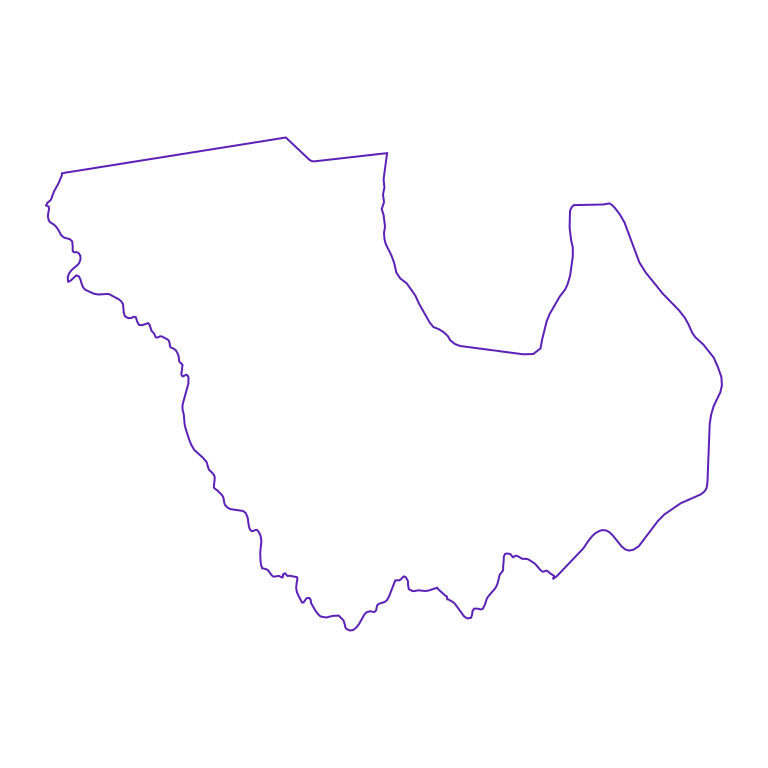 the State of Western Equatoria
{"feature_id": "SDS-864", "entity_name": "Western Equatoria", "entity_type": "State", "adm_level": 1, "iso_a3": "SSD", "parent_name": "South Sudan", "parent_adm1": "", "projection": "equal_earth", "projection_center": [28.334, 5.546], "detail": "fine", "context": "isolated", "style": "outline", "palette": "violet", "viewbox_px": 768, "rotation_deg": 0, "n_neighbors": 0, "source": "natural_earth", "source_scale": "10m", "svg_char_len": 4567}
<svg xmlns="http://www.w3.org/2000/svg" viewBox="0 0 768 768"><path d="M74.0,252.3L72.7,251.1L72.7,246.4L72.2,241.4L69.9,239.2L63.9,237.5L61.2,235.2L57.8,229.0L55.4,225.9L52.6,223.7L50.4,222.5L48.9,220.7L47.9,216.7L48.2,213.2L49.0,209.6L48.8,206.7L46.1,205.5L47.1,203.2L48.4,201.9L49.9,200.9L51.1,199.4L53.9,191.6L58.5,183.4L60.8,177.6L61.9,175.6L61.8,173.4L65.7,172.6L285.8,137.5L309.0,159.4L310.3,160.4L312.2,161.2L314.0,161.4L387.1,153.1L383.6,179.1L384.4,187.6L383.0,194.5L384.0,202.3L381.7,209.0L383.6,215.1L385.0,226.4L384.0,233.3L384.5,239.2L385.7,243.9L391.4,255.4L394.1,262.7L396.4,272.7L400.3,278.5L406.7,283.3L415.3,295.5L419.1,303.8L429.7,322.5L433.5,327.1L438.4,329.0L442.4,331.3L445.4,333.7L448.0,336.3L450.2,340.3L455.1,344.1L460.2,346.0L523.2,354.3L533.3,354.0L540.5,348.4L542.2,339.2L546.7,321.2L549.7,313.9L559.8,296.4L565.2,289.5L567.6,284.2L570.2,275.3L572.8,256.3L572.8,247.6L571.1,240.0L569.6,227.6L570.0,210.9L571.7,207.1L573.9,205.1L603.1,204.5L609.4,203.4L611.9,204.9L614.7,207.7L619.7,214.2L624.5,222.5L639.3,262.3L645.6,272.4L663.0,293.9L678.9,310.2L684.7,317.6L688.1,323.6L692.1,332.5L695.1,337.0L703.4,344.6L713.8,357.7L718.1,367.6L721.4,377.1L721.9,385.4L720.3,392.4L713.7,406.0L711.2,414.4L709.7,423.9L707.5,481.2L707.1,485.2L706.6,487.7L705.7,489.8L704.0,491.9L700.8,494.4L680.8,503.2L664.3,514.5L657.8,521.1L638.8,546.2L633.7,549.6L629.1,550.6L625.4,549.5L621.7,546.5L612.4,535.0L609.2,532.0L605.9,530.4L602.2,530.1L599.2,531.1L595.5,533.1L592.2,536.1L588.7,540.4L583.3,548.4L556.8,576.2L552.7,579.2L553.5,578.1L554.0,576.0L552.2,574.6L550.7,573.8L547.5,571.1L546.5,570.6L543.3,571.7L542.2,571.4L540.1,569.7L535.9,564.7L534.3,563.2L528.3,559.4L526.6,558.9L522.2,558.8L517.9,556.3L516.2,555.7L515.3,555.8L513.1,557.3L512.4,556.7L510.9,554.7L510.3,554.2L507.2,553.4L505.1,554.0L503.9,556.4L503.5,563.2L503.1,566.5L503.2,568.5L502.9,570.7L500.2,574.0L499.3,576.1L498.3,580.6L497.2,584.5L495.4,588.1L488.0,596.7L486.5,599.5L485.1,604.1L482.9,608.8L480.6,609.5L477.7,608.6L474.1,608.7L472.5,611.0L472.1,614.7L471.0,617.8L467.4,618.5L464.1,616.4L455.0,603.9L453.3,602.3L447.6,599.0L447.2,599.2L446.8,596.4L445.2,595.5L438.3,589.3L437.1,587.7L428.4,590.6L425.2,591.0L418.4,590.3L414.0,591.1L412.5,591.1L408.8,589.1L408.1,585.3L407.9,581.0L405.8,577.2L403.9,576.4L402.6,577.3L401.4,578.9L399.4,580.3L396.5,580.3L395.2,580.5L389.2,596.1L387.0,600.1L384.9,601.9L378.9,603.8L377.2,605.3L376.7,607.4L376.3,609.7L375.3,611.4L374.0,612.0L372.6,611.8L371.2,611.4L369.8,611.3L366.6,612.3L364.5,614.3L359.0,624.1L356.3,627.5L353.2,630.0L350.0,630.5L346.5,629.0L345.3,627.2L344.8,624.5L343.5,620.4L338.7,615.6L332.6,615.9L326.2,617.5L320.6,616.5L317.8,613.9L315.2,610.3L311.2,603.4L310.6,599.7L309.6,598.1L307.3,597.9L306.0,599.0L303.6,602.4L302.1,602.6L297.7,594.1L297.0,592.3L296.6,590.7L296.3,589.1L296.2,587.0L296.7,582.6L297.4,579.3L297.0,577.2L289.6,575.7L287.9,576.0L287.0,575.7L285.5,573.6L284.8,573.3L283.5,574.2L282.9,574.8L283.1,575.1L283.0,575.5L282.9,576.5L282.6,577.3L281.7,577.4L279.3,576.0L278.5,575.9L274.3,576.7L273.2,576.5L271.6,575.2L268.9,571.4L267.5,569.8L266.3,569.3L262.8,568.3L262.2,568.3L261.1,565.1L260.5,560.5L260.2,552.5L261.4,541.2L260.8,537.0L260.3,535.2L259.3,533.0L258.1,531.0L256.8,529.9L255.5,530.0L252.7,531.1L251.6,531.1L249.7,529.0L248.8,525.8L247.7,517.8L245.8,513.2L243.2,511.0L230.5,509.1L227.6,507.7L225.0,504.9L224.3,502.9L223.6,498.8L223.1,496.9L221.9,495.0L217.4,490.4L216.4,489.8L215.4,489.1L214.5,488.3L213.8,487.2L214.7,478.6L214.5,476.1L213.0,473.6L208.8,469.5L206.5,461.9L202.6,457.4L194.3,450.0L191.4,445.1L189.0,439.3L185.2,427.1L184.6,424.1L183.8,414.6L182.6,409.6L182.4,407.2L182.7,404.2L188.5,383.0L188.3,381.1L188.6,377.7L188.0,376.1L186.6,374.8L185.5,374.9L184.8,375.5L184.3,375.8L183.7,375.9L183.0,376.4L182.3,376.2L181.4,374.4L181.3,373.1L182.0,370.2L182.2,366.9L182.5,365.6L182.4,364.6L179.9,362.3L179.3,361.4L179.0,360.3L178.9,358.6L178.5,355.6L177.2,352.5L175.5,350.0L173.5,348.6L170.6,347.4L169.9,345.9L169.8,343.9L168.8,340.6L167.5,339.4L161.5,336.3L160.2,336.3L157.5,337.5L156.2,337.5L155.3,336.5L154.2,333.6L151.5,330.8L149.8,325.3L148.3,323.1L142.0,325.2L139.0,324.9L137.2,321.6L135.8,317.2L134.0,316.7L131.6,317.9L128.3,318.2L124.9,316.2L123.8,312.8L123.0,304.1L121.4,301.5L118.8,299.3L108.6,293.9L98.4,294.5L93.8,293.7L85.3,289.8L83.1,287.4L81.7,283.9L80.5,279.7L78.9,276.4L76.3,275.4L70.5,280.8L68.2,281.7L67.7,277.6L68.9,273.8L71.2,270.5L74.1,267.8L76.7,265.8L79.1,263.2L80.4,259.6L80.4,255.9L78.5,252.9L76.1,252.1L74.0,252.3Z" fill="none" stroke="#5b21b6" stroke-width="2"/></svg>